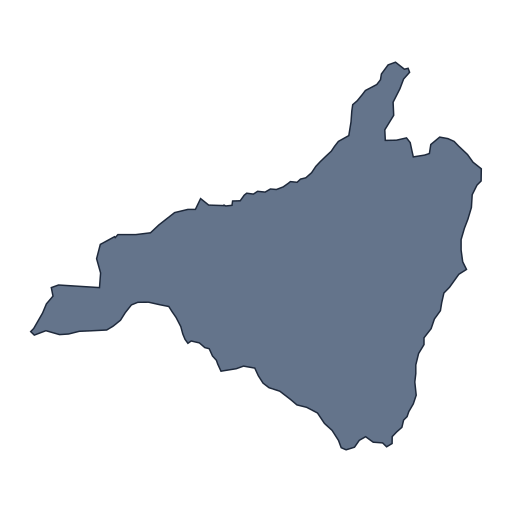 Anogyra, Limassol, Cyprus
{"feature_id": "46923920B16443175718696", "entity_name": "Anogyra", "entity_type": "district", "adm_level": 2, "iso_a3": "CYP", "parent_name": "Cyprus", "parent_adm1": "Limassol", "projection": "robinson", "projection_center": [32.732, 34.742], "detail": "fine", "context": "isolated", "style": "filled", "palette": "slate", "viewbox_px": 512, "rotation_deg": 0, "n_neighbors": 0, "source": "geoboundaries", "source_scale": "gbopen_adm2", "svg_char_len": 2180}
<svg xmlns="http://www.w3.org/2000/svg" viewBox="0 0 512 512"><path d="M30.7,331.6L34.3,335.1L45.9,330.7L59.5,334.6L68.6,334.0L79.3,331.3L90.9,330.8L106.7,330.0L113.2,326.1L120.5,320.2L125.3,312.6L131.4,304.9L137.8,302.3L148.6,302.2L159.7,304.7L168.8,306.5L172.1,311.7L176.1,317.5L180.8,326.6L182.8,334.0L185.0,339.3L187.9,343.3L191.2,341.0L199.4,342.9L204.8,347.6L209.2,348.7L212.5,356.0L216.4,360.3L217.7,364.0L221.0,371.2L222.7,370.9L236.3,368.7L243.5,366.1L254.8,368.1L258.3,375.7L263.1,383.2L269.0,387.7L279.8,391.2L290.7,399.6L296.9,404.9L306.6,407.3L317.5,413.0L324.5,423.5L332.1,430.4L338.5,440.4L341.2,447.7L346.1,449.8L349.7,448.7L354.5,447.2L359.3,440.3L365.6,436.7L373.2,442.2L382.6,442.9L386.6,446.8L392.1,443.5L392.2,436.6L396.6,432.0L401.9,427.3L403.6,420.1L404.2,419.5L407.1,416.6L408.8,411.6L413.3,403.9L416.2,395.2L414.8,382.0L415.8,373.6L415.8,364.9L418.6,353.5L424.0,344.6L424.0,337.8L431.1,328.7L434.4,319.0L440.4,310.7L441.7,302.7L443.9,293.0L449.5,287.3L458.8,274.3L466.5,269.4L465.6,267.6L462.7,261.8L461.1,250.0L461.1,239.6L464.4,228.3L467.9,219.2L471.4,207.5L472.2,194.7L477.0,185.1L481.1,181.0L481.3,168.8L473.0,162.2L467.5,154.5L458.6,146.1L454.1,141.4L447.9,138.6L439.7,137.1L430.8,144.5L429.4,153.5L424.6,155.1L413.3,156.9L411.8,150.2L410.2,142.6L406.5,137.9L396.4,140.2L385.3,140.4L384.8,129.8L393.7,115.3L393.1,102.2L399.9,88.8L403.6,79.0L409.6,72.3L408.1,68.3L404.4,69.2L395.5,62.2L388.1,64.9L381.4,74.0L380.5,79.7L376.8,84.5L365.4,90.5L362.2,94.7L357.2,100.8L352.7,104.7L351.8,111.1L351.0,122.0L348.8,135.6L338.4,141.4L334.5,146.4L331.3,151.2L325.5,156.6L320.2,161.7L315.8,166.4L311.6,172.7L305.8,177.8L300.5,179.1L297.1,182.3L290.4,181.6L288.3,183.3L283.2,186.9L276.4,189.5L270.4,189.0L265.1,192.1L257.6,191.3L253.4,194.1L246.7,193.2L244.2,195.2L240.2,200.8L232.6,201.0L232.0,205.3L225.7,206.0L224.3,205.2L224.3,205.6L208.7,205.1L200.6,198.6L195.4,209.4L187.9,209.4L174.6,212.6L159.0,224.8L150.5,232.8L135.8,234.6L130.6,234.6L117.9,234.6L115.2,237.6L114.5,236.7L100.3,244.4L96.6,258.7L100.6,273.0L99.5,287.6L58.5,285.0L51.3,287.6L53.0,296.1L46.4,303.9L42.6,313.0L33.7,328.5L30.7,331.6Z" fill="#64748b" stroke="#1e293b" stroke-width="1.5"/></svg>